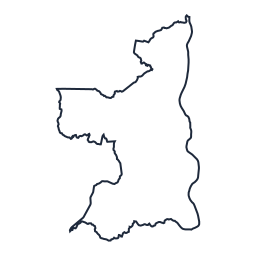 outline of Miracema do Tocantins, Tocantins, Brazil
{"feature_id": "56859067B23142311952787", "entity_name": "Miracema do Tocantins", "entity_type": "district", "adm_level": 2, "iso_a3": "BRA", "parent_name": "Brazil", "parent_adm1": "Tocantins", "projection": "robinson", "projection_center": [-48.568, -9.714], "detail": "fine", "context": "isolated", "style": "outline", "palette": "slate", "viewbox_px": 256, "rotation_deg": 0, "n_neighbors": 0, "source": "geoboundaries", "source_scale": "gbopen_adm2", "svg_char_len": 5817}
<svg xmlns="http://www.w3.org/2000/svg" viewBox="0 0 256 256"><path d="M69.9,230.2L70.1,231.2L70.7,230.5L71.6,230.1L72.4,230.0L72.8,228.8L73.5,227.8L74.6,228.2L75.6,228.3L76.3,227.4L77.3,225.1L78.0,224.0L79.4,223.5L80.5,222.7L81.2,221.7L82.2,221.4L85.3,222.5L86.8,223.4L87.4,223.9L88.3,223.9L89.0,223.3L91.0,223.3L91.9,224.6L92.9,224.6L93.7,225.6L94.8,226.0L95.2,227.2L95.4,228.2L94.8,229.1L95.1,231.3L96.6,232.1L97.2,233.1L98.1,234.1L99.0,234.8L99.8,236.0L100.3,237.6L101.3,238.2L102.4,238.4L103.7,238.9L106.0,239.3L106.9,239.6L108.6,240.6L110.6,240.5L111.4,239.3L112.5,239.2L113.5,238.5L114.1,237.7L115.1,238.4L116.6,238.4L117.8,238.2L118.5,237.4L118.6,236.1L118.9,235.0L119.7,235.1L120.5,235.6L121.1,236.5L121.9,236.6L123.0,233.3L123.7,232.6L124.5,232.2L125.1,232.8L126.0,233.0L126.8,232.8L127.7,232.2L128.8,231.8L128.8,230.3L128.9,228.6L129.8,227.7L129.7,226.8L130.9,227.1L131.9,226.3L132.5,225.6L132.8,224.6L132.8,223.7L133.5,223.2L134.1,222.4L134.2,221.2L135.1,221.4L136.1,221.5L138.1,224.4L138.9,225.2L140.7,225.6L143.3,224.8L144.1,224.3L144.9,224.2L146.5,224.9L147.3,225.0L148.1,224.9L148.6,224.1L149.3,223.6L150.5,225.4L151.1,226.0L152.0,226.5L152.9,226.4L153.6,225.7L154.7,225.6L155.4,224.8L155.6,223.7L156.4,223.1L158.8,222.0L159.7,222.0L160.5,222.1L161.5,222.6L162.5,222.8L163.3,223.2L164.3,222.8L164.6,220.9L165.2,220.2L166.9,219.2L167.9,219.1L168.7,219.5L171.0,219.0L172.6,220.3L173.8,220.8L174.8,220.8L175.6,221.6L176.7,222.3L177.6,223.1L178.9,224.9L180.7,227.1L182.1,228.4L183.0,228.9L184.2,229.2L185.6,229.4L190.3,229.4L191.3,229.6L193.1,228.5L195.0,227.8L197.3,226.6L198.3,225.9L199.1,224.6L199.2,223.6L199.2,221.6L198.1,215.8L197.5,213.5L194.7,206.1L193.9,204.2L193.1,203.1L192.2,202.4L190.6,200.4L189.5,198.3L188.7,195.8L188.6,194.6L188.7,192.4L189.2,191.0L189.8,188.6L190.8,186.3L192.2,184.0L192.9,183.4L194.8,182.1L196.4,180.5L197.3,179.3L197.8,178.2L198.1,177.0L198.2,175.6L198.9,168.6L198.9,167.1L198.4,162.6L198.2,161.7L197.9,160.8L197.0,159.3L192.2,154.5L188.3,151.8L187.6,151.2L187.0,149.8L186.4,147.2L186.5,145.9L187.4,141.4L187.9,140.5L190.1,138.6L190.9,137.7L191.1,136.6L191.1,134.5L191.3,131.8L191.2,130.5L190.8,129.2L190.4,128.4L190.2,127.3L190.3,126.4L190.2,122.5L189.6,121.6L189.2,118.8L188.3,116.8L187.3,116.0L186.0,115.3L185.3,114.4L183.7,111.0L181.7,107.9L180.6,105.8L179.9,103.5L179.5,100.6L179.5,99.6L179.7,98.3L180.8,94.7L181.7,92.6L184.5,86.9L185.6,83.8L187.1,77.3L187.5,73.9L188.1,70.5L188.6,62.6L188.6,59.4L188.2,54.8L188.2,52.4L188.1,51.3L187.0,46.7L186.9,45.3L187.1,44.3L188.0,42.4L188.6,41.6L191.1,36.0L191.9,32.8L192.0,31.3L191.3,26.7L190.8,25.2L189.7,22.7L189.4,21.5L189.3,20.5L189.4,17.0L188.2,16.8L186.7,15.4L186.1,16.1L185.7,17.0L185.9,19.6L186.4,20.3L186.5,21.2L185.9,22.4L184.9,22.7L184.1,22.8L182.9,22.5L181.6,22.4L180.6,22.0L179.8,22.4L178.8,22.3L178.1,21.3L177.3,21.9L176.0,22.5L175.1,22.4L174.2,22.8L173.5,23.6L173.1,24.4L172.4,25.3L171.5,25.6L169.1,27.5L168.3,27.8L166.5,28.3L165.5,28.0L164.6,28.0L164.0,27.5L162.3,27.8L161.6,29.2L160.9,30.1L158.8,30.7L157.7,30.9L155.7,31.7L155.0,32.2L154.4,32.9L153.5,33.5L153.3,34.4L153.6,36.3L153.2,37.3L151.1,38.5L150.4,39.2L149.2,41.3L148.4,42.3L144.1,40.7L143.3,41.5L142.5,41.6L138.9,41.0L135.9,40.6L135.1,44.6L134.1,50.7L133.9,52.2L134.4,53.3L135.3,54.0L137.5,55.5L137.8,56.4L138.6,57.2L139.9,57.7L140.7,58.4L141.3,60.8L140.7,61.8L141.4,63.5L142.2,63.5L143.1,62.8L143.9,62.5L144.6,63.0L145.2,63.7L146.2,64.1L146.0,65.3L147.4,65.8L147.7,64.9L148.6,64.9L149.4,65.3L150.2,65.5L150.3,66.5L150.9,67.0L151.1,68.1L152.4,69.2L151.9,70.1L150.8,69.8L149.9,70.6L149.2,71.0L148.4,71.3L147.6,71.3L146.8,71.8L144.2,73.5L142.3,75.6L141.4,76.2L140.6,76.5L138.8,76.6L137.7,76.9L137.8,78.0L137.3,79.4L136.8,80.4L135.5,82.1L133.7,82.7L123.0,91.2L121.8,91.7L120.9,91.2L119.9,90.9L118.9,91.5L117.6,91.6L116.9,91.0L116.1,91.3L115.1,91.5L114.7,92.3L114.8,93.6L113.5,95.4L113.4,96.7L112.0,97.0L111.0,97.9L110.1,98.0L107.5,97.3L106.4,97.3L105.5,96.3L104.8,95.8L104.0,96.0L103.4,95.2L102.1,94.6L101.1,94.2L100.3,92.6L99.2,91.3L97.2,90.6L96.7,89.9L95.9,89.3L94.9,88.7L93.9,89.0L93.0,89.5L91.8,89.2L63.7,88.8L56.8,88.9L57.2,89.9L58.2,90.6L59.1,91.7L60.5,95.6L60.8,97.2L60.6,99.6L60.2,100.6L59.3,101.4L59.2,102.3L59.9,103.0L60.2,103.8L59.8,104.9L59.9,105.8L59.7,108.0L59.8,108.9L61.4,109.4L61.6,110.8L60.8,114.0L60.6,115.9L60.1,116.8L59.5,117.4L58.8,117.9L58.1,118.7L57.7,119.9L57.5,120.8L57.8,121.8L58.4,123.1L58.6,124.5L58.1,125.3L57.9,126.2L58.4,127.4L58.9,129.7L59.6,131.3L59.9,132.5L60.9,133.2L61.8,133.2L62.7,134.7L63.7,135.1L64.6,136.0L67.8,137.4L69.6,137.5L70.9,138.9L71.6,138.6L72.1,137.9L72.1,136.8L72.7,136.1L73.4,136.7L74.0,135.6L75.0,135.1L75.9,135.0L76.4,136.8L77.2,137.7L78.3,137.8L78.8,137.0L79.5,136.2L80.5,135.9L81.6,136.2L83.3,135.3L84.2,134.5L85.0,134.3L86.9,135.5L87.9,135.0L88.5,134.2L89.2,133.9L89.6,135.1L89.1,136.1L88.8,137.2L88.1,138.5L87.7,139.9L88.4,140.8L88.7,141.7L89.4,142.1L91.3,142.2L93.3,141.4L94.4,141.7L95.3,142.2L96.6,143.6L97.4,144.0L98.4,144.0L99.7,144.3L100.8,144.3L101.3,142.1L102.4,136.7L102.8,135.6L103.6,134.7L104.1,136.7L105.1,138.4L106.2,138.6L106.7,139.6L106.9,140.9L107.3,141.8L114.8,141.3L114.2,142.5L113.9,143.8L113.9,147.0L113.4,148.9L113.6,150.1L114.3,150.7L114.8,151.7L114.6,152.8L115.5,154.3L116.1,155.0L117.0,157.3L116.9,158.1L117.0,159.1L117.8,159.5L118.3,160.3L119.0,161.1L119.5,162.1L120.3,163.2L121.7,173.7L121.6,174.6L121.1,175.4L120.4,175.8L119.9,176.4L119.8,178.3L119.0,179.1L118.4,180.2L118.1,181.4L117.5,182.4L115.5,183.3L114.5,184.0L112.7,183.7L107.6,181.4L106.8,181.3L104.9,181.4L103.0,181.2L102.1,181.2L101.4,181.7L100.6,182.5L98.8,183.6L97.1,184.0L96.3,185.0L94.2,185.9L93.9,187.3L93.2,191.9L92.9,192.7L90.5,197.3L90.4,198.2L90.7,203.0L90.6,203.9L90.3,204.8L84.9,214.7L83.6,217.1L83.0,217.8L71.9,227.1L71.0,228.1L69.9,230.2Z" fill="none" stroke="#1e293b" stroke-width="2"/></svg>